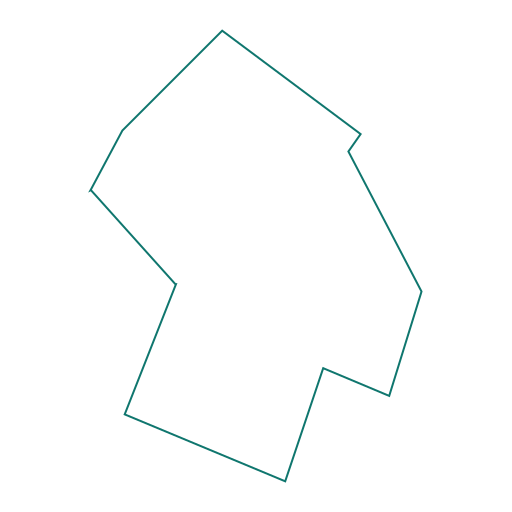 Bois D'Inde, Soufrière, Saint Lucia (Mercator projection)
{"feature_id": "8701671B31799938456205", "entity_name": "Bois D'Inde", "entity_type": "district", "adm_level": 2, "iso_a3": "LCA", "parent_name": "Saint Lucia", "parent_adm1": "Soufrière", "projection": "mercator", "projection_center": [-61.035, 13.837], "detail": "fine", "context": "isolated", "style": "outline", "palette": "teal", "viewbox_px": 512, "rotation_deg": 0, "n_neighbors": 0, "source": "geoboundaries", "source_scale": "gbopen_adm2", "svg_char_len": 315}
<svg xmlns="http://www.w3.org/2000/svg" viewBox="0 0 512 512"><path d="M222.2,30.7L122.4,130.5L90.5,190.3L90.9,190.1L175.3,284.1L176.0,284.1L124.7,414.4L285.2,481.3L323.2,368.2L389.2,395.9L420.8,293.9L421.5,291.5L348.4,151.5L360.6,134.1L358.0,132.1L222.2,30.7Z" fill="none" stroke="#0f766e" stroke-width="2"/></svg>